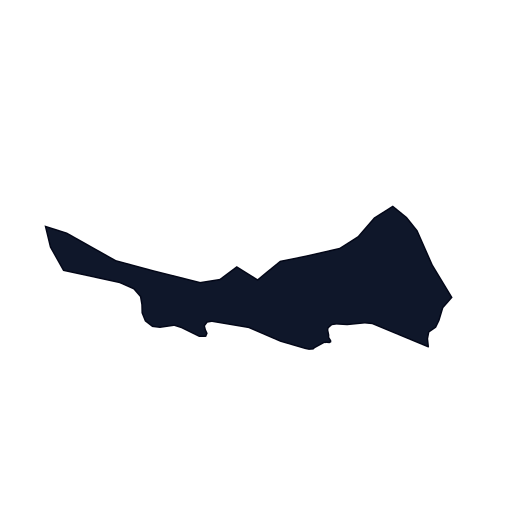 SVG path tracing the border of Moroto, rotated 122°
{"feature_id": "UGA-3127", "entity_name": "Moroto", "entity_type": "District", "adm_level": 1, "iso_a3": "UGA", "parent_name": "Uganda", "parent_adm1": "", "projection": "natural_earth1", "projection_center": [34.678, 2.605], "detail": "fine", "context": "isolated", "style": "filled", "palette": "ink", "viewbox_px": 512, "rotation_deg": 122, "n_neighbors": 0, "source": "natural_earth", "source_scale": "10m", "svg_char_len": 1025}
<svg xmlns="http://www.w3.org/2000/svg" viewBox="0 0 512 512"><g transform="rotate(122 256 256)"><path d="M241.7,61.9L251.6,121.6L255.0,128.4L265.8,142.4L270.9,151.8L274.0,155.5L278.7,156.9L280.8,156.1L284.6,152.5L286.0,151.7L286.8,151.0L288.3,147.9L289.2,147.3L290.5,148.0L291.2,149.4L291.8,150.7L292.5,151.4L293.1,152.5L302.7,157.9L304.5,158.4L306.9,161.7L308.2,165.2L315.2,190.1L320.4,224.3L334.7,258.9L337.9,262.5L342.6,262.9L345.4,260.0L347.6,256.7L350.7,256.2L354.1,261.5L356.1,281.2L358.0,288.7L367.3,299.7L370.5,306.5L369.6,315.4L364.5,322.4L357.7,326.9L351.5,332.4L348.5,342.2L350.7,357.6L363.9,394.4L370.1,411.6L357.3,435.0L342.5,450.1L337.0,428.6L334.4,372.5L322.9,334.7L312.9,303.8L308.2,289.2L295.1,274.1L275.5,266.5L275.5,241.9L264.0,238.1L247.7,232.5L229.7,213.5L205.2,188.9L185.5,179.5L161.0,175.7L141.5,166.3L143.7,148.7L149.3,132.8L170.3,101.9L187.4,68.1L200.8,70.3L213.7,66.8L221.2,66.0L228.9,69.3L235.3,66.8L241.4,62.0L241.5,61.9L241.7,61.9Z" fill="#0f172a" stroke="#020617" stroke-width="1.5"/></g></svg>